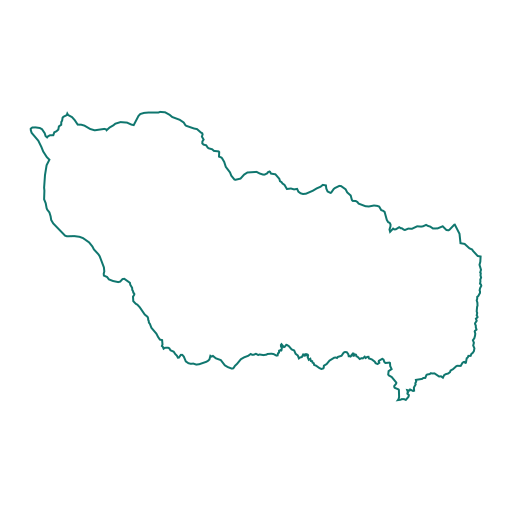 the district of Thathom, Vientiane, Laos
{"feature_id": "54806243B97647332692488", "entity_name": "Thathom", "entity_type": "district", "adm_level": 2, "iso_a3": "LAO", "parent_name": "Laos", "parent_adm1": "Vientiane", "projection": "natural_earth1", "projection_center": [103.67, 18.993], "detail": "fine", "context": "isolated", "style": "outline", "palette": "teal", "viewbox_px": 512, "rotation_deg": 0, "n_neighbors": 0, "source": "geoboundaries", "source_scale": "gbopen_adm2", "svg_char_len": 6067}
<svg xmlns="http://www.w3.org/2000/svg" viewBox="0 0 512 512"><path d="M161.9,346.0L162.8,346.8L163.6,348.7L164.9,347.8L168.0,347.7L169.3,348.3L170.5,350.3L173.7,351.7L175.2,354.0L176.9,355.7L177.9,357.7L178.9,357.6L180.8,354.9L182.3,354.9L183.8,356.6L185.8,361.4L188.4,363.2L190.8,363.8L193.3,363.6L196.3,364.6L199.3,364.2L206.3,361.8L207.9,360.9L209.4,359.5L210.4,355.8L211.7,356.6L212.9,355.9L215.8,358.3L220.8,360.1L224.8,365.3L227.8,367.1L231.8,368.6L233.1,368.4L233.7,367.8L234.9,365.9L237.1,363.8L240.9,359.2L244.2,357.3L248.2,355.8L250.7,354.0L252.2,354.8L253.9,354.7L255.9,353.8L258.2,355.0L259.6,354.5L263.5,355.1L266.6,354.6L267.4,354.0L271.4,353.7L273.7,354.1L276.4,355.6L277.6,355.4L278.0,353.3L279.0,352.6L279.1,350.8L279.6,350.8L280.3,350.1L281.1,350.6L281.4,350.4L281.9,347.9L281.0,346.5L280.9,345.0L281.5,344.2L283.9,347.1L284.6,346.9L286.3,344.8L287.0,345.0L288.9,346.2L291.6,349.4L294.2,350.5L295.6,353.8L297.8,355.5L298.9,358.4L300.2,357.4L301.8,357.1L303.2,354.4L303.8,354.6L304.3,355.7L305.8,355.4L305.0,354.7L305.3,354.2L306.7,354.2L307.8,354.7L308.1,355.5L307.7,357.2L308.8,359.8L310.3,358.8L310.9,361.0L312.2,361.2L312.5,362.6L313.8,363.3L314.1,364.9L316.1,365.7L319.3,368.0L321.4,369.0L323.3,368.4L323.7,367.8L323.9,365.7L326.6,364.1L329.5,360.6L334.2,357.7L335.8,357.5L337.0,358.0L337.9,356.9L341.5,355.8L343.7,352.6L345.0,352.0L346.8,352.2L348.3,354.2L348.7,356.2L349.6,356.1L350.3,356.6L350.9,356.3L351.4,355.2L353.0,353.4L353.3,353.5L353.0,354.3L353.4,355.8L354.0,355.7L354.5,354.4L355.8,354.6L356.1,354.9L356.4,356.3L357.6,356.8L359.7,359.0L361.5,358.2L362.8,358.4L364.7,356.7L365.6,358.0L367.3,356.9L368.5,356.8L368.9,358.4L371.8,359.4L374.8,361.7L375.6,363.2L377.6,364.0L379.3,362.8L378.7,361.4L378.9,360.8L382.3,358.8L383.5,359.6L384.3,361.9L385.4,363.0L389.5,362.6L390.0,363.0L390.2,366.1L391.6,369.1L388.6,371.1L388.2,374.5L388.8,375.4L391.7,377.0L396.3,382.6L396.2,383.6L394.3,385.9L394.2,386.8L394.7,387.8L398.5,389.4L398.9,390.0L399.1,397.1L398.5,399.3L397.9,400.1L400.7,399.7L401.7,399.1L404.0,399.1L405.8,399.9L408.4,396.9L408.8,395.7L408.8,395.0L407.4,393.7L407.4,393.1L408.0,392.3L407.2,390.1L409.5,390.6L410.1,389.5L413.1,391.0L414.1,390.7L413.9,387.5L415.6,384.5L415.3,383.2L416.2,381.6L415.9,379.9L422.1,378.9L423.3,378.0L425.3,377.9L426.4,375.1L427.2,374.5L429.7,374.1L430.8,373.2L432.2,373.5L434.5,373.4L439.1,376.5L441.0,376.3L442.9,377.7L444.1,375.2L445.6,374.2L448.2,373.5L450.0,372.1L450.6,370.5L453.0,369.2L456.3,366.2L457.3,365.8L460.7,365.9L462.5,362.8L463.7,362.0L464.4,361.9L465.3,362.9L465.9,362.7L466.7,358.3L467.8,357.4L468.4,355.9L470.6,355.9L471.4,353.9L472.8,352.8L473.9,351.1L474.4,348.3L473.2,345.5L473.9,342.8L472.9,340.2L474.3,338.3L475.0,335.8L475.3,333.7L474.7,331.5L474.9,330.9L476.5,329.6L475.8,327.3L475.8,325.6L475.0,323.8L475.1,323.2L476.7,320.8L475.9,318.7L477.5,317.3L477.4,316.4L476.7,315.4L477.2,313.0L476.7,311.5L476.8,310.1L477.1,306.8L477.5,305.7L477.4,302.7L476.7,300.3L477.2,298.8L477.2,296.9L478.3,296.0L480.0,292.9L480.0,291.4L479.6,290.3L480.1,288.1L481.3,285.8L480.9,284.4L480.0,283.7L480.4,281.7L480.3,279.5L481.1,277.6L480.5,275.3L480.8,273.2L480.2,272.5L481.0,269.8L479.5,264.8L480.3,261.8L480.6,256.5L477.7,256.0L473.0,250.9L472.1,249.5L469.4,248.3L464.6,243.9L460.5,243.2L459.5,233.8L454.8,224.6L454.3,224.7L449.4,229.8L448.4,230.3L446.4,230.0L442.7,226.3L437.6,228.4L433.0,228.5L430.2,226.6L427.9,225.9L426.1,224.9L423.0,226.3L421.2,226.6L417.2,226.3L411.9,228.8L408.3,228.6L404.9,230.0L403.7,229.6L401.7,228.2L400.9,228.3L399.2,227.2L395.8,229.3L394.2,229.4L393.1,228.6L390.1,231.8L389.5,229.5L390.5,226.2L390.5,224.4L389.6,222.8L388.2,222.2L386.8,219.9L384.6,211.9L383.1,210.8L381.2,210.1L379.2,206.6L377.3,205.9L374.0,205.5L368.8,206.5L365.4,206.2L358.6,203.6L357.4,202.0L355.7,201.0L352.7,200.9L351.9,200.0L350.7,195.5L347.2,192.4L345.6,189.3L341.1,186.1L339.3,185.9L335.0,188.0L333.7,189.0L331.2,192.6L330.5,192.9L327.6,191.5L326.3,188.6L325.9,185.4L322.8,184.9L320.6,186.7L316.7,188.4L312.9,190.7L306.0,193.7L303.0,194.0L300.6,193.3L298.4,191.7L297.1,188.9L294.1,189.4L290.9,188.5L286.9,189.0L284.5,184.9L282.5,183.5L281.5,182.1L280.0,181.2L279.3,178.8L275.4,174.3L271.0,173.6L270.0,171.8L269.5,171.5L267.8,172.3L267.3,173.3L264.6,174.6L263.1,174.6L259.7,173.5L256.6,171.9L247.4,172.5L244.1,174.6L240.5,178.6L235.4,179.8L234.4,179.5L231.3,175.7L230.0,172.4L225.8,166.9L224.2,161.9L222.2,158.5L221.5,157.6L219.0,156.6L219.2,152.1L218.6,151.4L213.9,150.9L212.2,149.3L208.7,148.3L207.7,147.6L206.2,145.3L203.5,144.6L202.3,143.4L202.4,141.4L203.6,139.6L201.9,136.6L202.6,134.4L202.2,133.2L201.0,132.6L197.0,129.1L194.0,128.5L186.2,125.8L185.4,125.2L183.7,122.5L179.7,119.8L172.2,117.0L169.6,114.8L165.1,112.3L160.1,111.9L158.5,112.5L148.8,112.5L144.1,112.9L140.3,114.0L138.5,115.9L133.7,125.1L131.4,124.6L127.0,122.6L120.5,122.1L115.3,123.7L113.4,125.3L109.6,127.5L106.6,130.2L106.2,129.4L104.4,128.9L94.7,130.3L90.2,129.0L84.4,125.6L81.2,124.7L77.7,124.6L74.7,120.1L72.0,117.1L68.1,115.0L67.3,113.6L66.8,115.1L63.4,116.8L62.6,117.7L62.1,120.7L61.3,122.0L61.2,124.8L58.9,126.4L58.3,129.6L56.4,131.3L54.3,132.3L53.3,135.2L49.9,135.3L47.9,136.4L47.1,137.4L45.6,136.1L44.7,133.2L42.0,129.2L39.8,128.0L35.5,127.4L32.4,127.5L31.7,127.9L30.7,128.8L30.8,130.2L31.6,132.8L38.3,140.7L41.4,147.0L43.2,151.5L46.8,157.1L49.4,159.7L46.6,165.2L45.0,175.0L44.1,187.7L44.4,190.7L44.1,199.3L45.7,203.2L46.6,208.1L47.2,209.6L49.4,212.4L50.6,216.3L51.2,220.0L53.2,223.4L65.1,235.7L67.0,236.3L74.3,236.1L79.5,236.8L83.0,238.1L89.1,242.4L92.4,246.5L93.9,249.4L98.5,254.4L99.7,256.3L103.9,267.4L104.3,271.4L103.7,273.8L103.9,275.6L107.1,277.0L108.9,279.4L113.0,281.0L118.2,282.1L120.2,281.6L122.5,279.1L124.3,278.8L129.9,282.8L130.3,284.8L132.1,287.8L132.3,290.0L133.1,291.3L133.3,292.7L134.2,293.5L134.3,294.6L133.0,296.7L133.3,301.2L135.8,303.8L137.4,304.7L139.7,307.2L144.7,314.5L147.5,316.8L148.1,318.2L148.2,319.9L148.7,320.8L148.9,322.6L149.9,323.9L151.4,327.8L156.4,333.7L158.1,337.0L159.9,339.6L162.1,340.1L162.5,344.4L161.9,346.0Z" fill="none" stroke="#0f766e" stroke-width="2"/></svg>